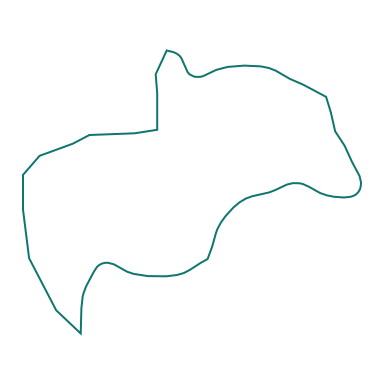 Puñal, Santiago, Dominican Republic (Robinson projection)
{"feature_id": "3306468B15896052245603", "entity_name": "Puñal", "entity_type": "district", "adm_level": 2, "iso_a3": "DOM", "parent_name": "Dominican Republic", "parent_adm1": "Santiago", "projection": "robinson", "projection_center": [-70.606, 19.379], "detail": "fine", "context": "isolated", "style": "outline", "palette": "teal", "viewbox_px": 384, "rotation_deg": 0, "n_neighbors": 0, "source": "geoboundaries", "source_scale": "gbopen_adm2", "svg_char_len": 1098}
<svg xmlns="http://www.w3.org/2000/svg" viewBox="0 0 384 384"><path d="M326.1,96.9L303.4,84.8L290.1,79.0L275.6,70.6L268.9,68.0L260.9,66.4L244.3,65.6L227.7,66.9L216.2,69.9L203.4,76.0L200.2,76.9L194.6,76.8L189.6,74.4L187.6,72.1L181.4,58.2L179.5,55.7L176.8,53.7L173.7,52.2L166.7,50.5L155.7,74.3L157.2,93.3L157.2,129.8L134.6,133.3L89.4,135.0L72.8,143.7L39.6,155.8L23.0,174.9L23.0,209.6L29.1,258.2L56.2,310.3L80.7,333.5L81.4,308.1L82.7,296.4L83.7,292.7L86.2,286.2L93.7,272.0L97.0,266.9L99.4,264.9L102.2,263.5L105.1,262.8L108.1,262.8L113.9,264.3L127.1,271.7L133.7,273.9L147.9,276.1L166.2,276.3L177.0,275.0L183.9,273.0L189.8,269.9L201.1,262.6L207.6,259.0L212.0,247.1L216.1,232.6L217.4,229.1L221.1,222.2L225.7,215.9L233.5,207.4L239.3,202.5L245.7,198.6L252.4,196.2L269.3,192.4L275.4,190.0L286.8,184.6L293.1,183.1L299.8,183.3L303.1,184.1L308.8,186.7L320.1,193.0L326.7,195.3L333.5,196.7L343.6,197.5L349.9,196.9L352.8,196.1L355.7,194.7L358.2,192.3L360.0,189.2L360.8,185.9L361.0,182.5L359.6,176.1L352.1,162.1L344.7,145.9L335.1,131.2L330.9,112.6L326.1,96.9Z" fill="none" stroke="#0f766e" stroke-width="2"/></svg>